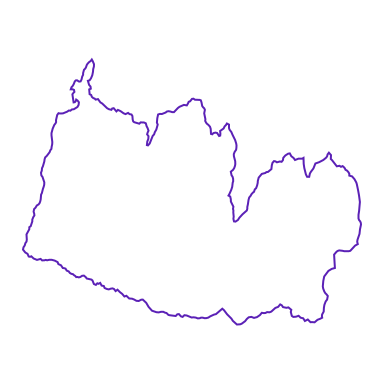 Corumbiara, Rondônia, Brazil (Equal Earth projection)
{"feature_id": "56859067B10063501448175", "entity_name": "Corumbiara", "entity_type": "district", "adm_level": 2, "iso_a3": "BRA", "parent_name": "Brazil", "parent_adm1": "Rondônia", "projection": "equal_earth", "projection_center": [-61.091, -12.881], "detail": "fine", "context": "isolated", "style": "outline", "palette": "violet", "viewbox_px": 384, "rotation_deg": 0, "n_neighbors": 0, "source": "geoboundaries", "source_scale": "gbopen_adm2", "svg_char_len": 5919}
<svg xmlns="http://www.w3.org/2000/svg" viewBox="0 0 384 384"><path d="M322.2,317.7L321.9,316.2L322.1,314.5L323.7,311.6L323.9,307.8L324.4,304.8L325.7,301.4L327.1,299.6L327.8,296.0L326.4,294.2L325.4,293.3L324.3,291.5L323.2,288.6L322.8,286.4L323.3,280.9L324.2,276.5L328.4,270.9L331.7,268.9L334.9,268.0L334.1,254.6L336.4,251.9L337.5,251.0L339.2,250.4L342.6,250.8L344.2,251.2L348.8,251.2L350.3,250.8L355.1,245.6L357.8,244.1L357.2,241.8L357.5,239.8L359.5,233.9L360.0,229.3L361.0,224.5L360.8,222.9L360.2,221.4L359.1,220.1L358.5,218.5L358.5,214.8L359.1,210.9L359.9,202.0L359.0,195.3L358.1,190.3L356.8,184.1L356.3,182.5L354.5,179.2L352.1,176.4L349.3,175.6L349.3,173.7L348.3,172.0L346.9,170.5L345.5,169.8L344.9,168.4L343.7,167.0L342.6,166.1L341.0,166.8L339.5,165.8L336.8,166.3L331.9,160.0L330.8,159.0L331.0,155.1L328.9,152.7L327.6,154.4L327.1,156.3L326.2,157.6L324.9,158.7L323.3,160.0L319.1,162.2L315.4,163.5L313.4,168.5L310.9,171.8L309.9,173.5L309.2,176.8L307.1,176.8L305.9,174.4L304.3,168.0L303.7,163.9L303.5,157.9L302.1,158.7L298.4,158.7L295.0,160.0L293.6,158.0L291.3,156.2L289.8,153.4L288.1,153.7L285.3,155.5L283.3,157.8L282.9,160.2L281.6,161.8L279.9,161.5L276.9,162.3L275.5,161.4L274.0,161.1L272.5,162.8L271.8,165.4L271.4,169.1L268.0,171.9L266.4,172.1L265.3,173.0L261.8,173.9L258.7,177.6L257.8,181.0L257.7,182.9L257.1,185.5L256.1,188.2L254.8,189.4L254.0,191.8L253.0,192.5L251.4,194.3L250.7,195.7L249.2,197.5L248.5,200.1L247.9,204.3L247.3,207.0L247.3,208.8L246.8,210.5L242.5,214.3L239.4,217.7L237.9,220.0L235.5,221.6L234.0,221.4L233.4,218.8L233.7,216.7L233.3,212.4L233.4,210.5L233.0,208.9L233.4,206.7L230.9,201.6L230.8,199.1L230.2,196.5L228.5,195.6L229.4,194.0L231.3,189.7L232.2,186.9L232.7,182.7L233.2,181.2L233.1,178.7L232.5,176.6L231.6,175.4L230.8,171.7L233.0,169.9L234.2,168.1L235.0,165.8L235.3,164.1L235.2,161.2L233.9,156.2L233.8,154.1L234.7,151.8L236.1,149.8L236.4,147.8L236.5,145.4L236.2,143.5L235.1,140.0L232.4,134.5L231.4,132.1L229.5,129.6L229.0,128.0L229.0,124.6L226.9,123.5L225.9,125.1L224.6,126.4L223.6,128.5L220.1,131.0L220.4,133.7L220.2,135.6L219.1,136.0L217.1,133.0L215.5,132.6L213.4,133.1L212.3,134.3L211.0,133.9L210.7,128.9L210.0,126.7L208.3,124.8L207.1,123.9L206.1,122.7L205.2,120.9L205.4,119.2L204.2,113.3L204.9,109.8L204.2,108.3L203.2,107.4L202.2,106.0L201.5,102.4L200.8,100.3L199.7,99.9L194.9,99.7L193.5,98.7L192.0,98.9L190.1,101.3L188.7,101.8L187.9,103.6L186.8,105.4L183.9,104.9L179.5,106.8L177.9,108.0L174.0,112.1L172.1,112.1L170.3,111.5L168.4,111.2L166.7,111.6L165.7,112.5L161.9,114.0L159.8,113.9L158.1,114.5L157.3,118.2L156.9,122.6L157.7,124.6L156.3,129.6L154.8,132.2L154.1,134.4L152.7,135.9L149.7,143.5L148.0,145.4L146.9,145.1L147.3,141.5L148.3,139.0L148.5,136.2L147.1,134.3L147.7,132.4L148.5,130.7L147.6,128.1L146.6,126.2L145.8,123.3L144.0,122.5L140.6,122.4L139.3,123.7L134.2,122.2L133.2,121.4L132.7,119.6L132.4,116.0L131.5,114.5L129.5,114.1L128.1,112.9L125.5,114.1L123.6,113.3L120.5,111.1L117.9,109.9L116.4,111.4L113.7,108.2L112.2,108.5L111.4,109.8L108.9,109.2L107.1,108.2L102.2,103.5L100.4,102.4L98.0,99.1L95.6,99.6L94.7,98.6L93.3,98.1L91.8,96.8L91.2,95.0L89.6,94.2L89.2,89.4L90.8,88.7L90.5,86.5L89.1,84.9L87.9,80.8L89.6,80.3L91.0,78.3L92.3,75.2L93.0,71.7L93.2,69.1L93.9,66.6L94.0,64.2L92.7,61.1L91.8,59.5L90.7,61.0L89.1,62.1L87.6,63.7L86.8,64.9L85.9,67.5L85.2,68.6L84.0,69.8L83.1,73.1L83.1,74.8L82.2,76.6L81.5,79.6L80.6,81.4L79.1,81.6L77.0,80.3L75.8,80.4L74.8,81.4L73.6,84.4L72.5,86.2L71.5,87.2L70.8,89.3L72.7,89.3L74.0,89.9L74.4,91.9L73.5,92.8L72.4,94.3L73.6,102.4L74.8,102.2L75.7,101.2L76.2,99.6L77.6,100.6L78.9,102.3L78.6,104.9L77.4,107.0L73.9,109.2L71.8,109.5L70.4,110.7L68.9,110.5L67.1,111.7L62.9,113.4L59.9,113.5L58.5,113.2L57.2,115.0L56.0,120.2L56.1,122.1L55.5,123.4L54.3,124.9L52.7,128.6L51.5,133.1L51.5,135.3L52.3,142.0L52.2,144.2L51.6,147.0L51.4,148.9L50.3,150.3L49.6,152.2L46.7,156.0L45.2,157.4L44.6,159.3L44.3,161.5L42.9,166.3L42.0,168.2L41.8,170.6L41.0,172.8L41.4,175.5L42.5,176.9L44.3,182.3L44.2,184.8L43.7,186.7L42.9,189.0L41.9,193.0L41.1,194.6L40.7,199.3L40.3,201.1L39.7,202.9L38.6,204.4L36.8,205.5L35.5,207.7L34.1,209.1L33.6,211.7L34.2,213.6L34.4,215.4L33.3,217.1L32.3,219.6L32.3,221.4L30.7,226.2L29.3,227.2L29.3,229.2L26.5,234.4L26.8,239.6L26.5,241.6L25.4,243.1L24.7,245.5L23.5,247.3L23.0,249.6L25.3,252.5L27.5,253.8L28.7,256.5L30.1,256.8L31.3,256.3L33.6,258.5L37.0,259.9L40.6,258.9L42.1,260.4L44.4,260.3L45.8,259.9L47.1,260.3L49.2,259.8L51.7,259.8L54.7,260.6L57.6,262.1L58.4,264.1L61.0,265.3L62.8,268.0L64.2,268.2L65.5,268.6L66.7,270.6L68.7,271.4L69.8,272.9L71.3,273.8L73.0,274.2L74.0,275.2L75.3,276.0L76.2,277.1L77.6,277.0L78.8,277.4L80.3,277.0L82.1,275.8L83.9,275.6L85.8,277.2L86.7,278.5L91.5,279.6L92.5,280.5L93.9,284.0L95.9,284.9L97.3,283.3L98.5,283.8L100.2,282.9L101.6,285.6L103.8,286.0L104.6,288.0L106.9,289.0L108.8,289.4L110.6,288.7L112.6,288.4L114.0,289.0L115.6,291.1L117.5,289.7L120.0,292.2L122.2,293.9L124.4,296.5L126.4,295.8L129.2,298.5L132.1,298.7L134.3,299.6L136.4,300.8L138.7,301.0L141.2,299.7L142.8,299.6L146.2,302.8L148.6,306.9L152.0,310.7L156.4,312.2L158.7,312.4L161.0,311.8L163.3,311.8L165.1,312.7L166.5,313.0L168.4,314.9L169.5,315.2L175.7,316.0L177.3,314.3L178.9,314.1L181.0,316.4L182.6,316.9L184.4,315.2L186.7,315.5L191.6,317.5L193.5,317.3L195.8,317.6L197.8,318.4L199.8,318.2L200.9,317.7L202.8,317.7L204.7,318.2L206.4,318.1L208.3,317.6L210.3,316.3L214.0,314.6L216.0,314.1L222.3,308.7L224.0,310.2L227.1,314.3L231.4,318.6L232.8,320.8L236.9,324.5L240.2,324.3L241.7,323.7L245.1,321.2L246.8,319.0L248.7,317.3L251.4,316.9L254.0,317.9L257.0,317.1L259.9,315.1L261.8,312.8L263.7,313.1L265.4,313.0L267.1,312.1L269.5,312.3L271.3,311.6L275.4,307.9L278.1,306.9L280.2,304.4L281.8,305.3L283.0,307.1L286.4,307.8L288.4,307.4L291.3,309.8L290.8,312.0L291.8,315.9L293.3,316.9L296.0,316.7L298.6,315.8L300.6,317.7L303.2,318.3L304.9,321.0L307.8,319.5L310.5,322.2L312.1,322.1L314.6,322.3L317.5,319.8L320.1,318.8L322.2,317.7Z" fill="none" stroke="#5b21b6" stroke-width="2"/></svg>